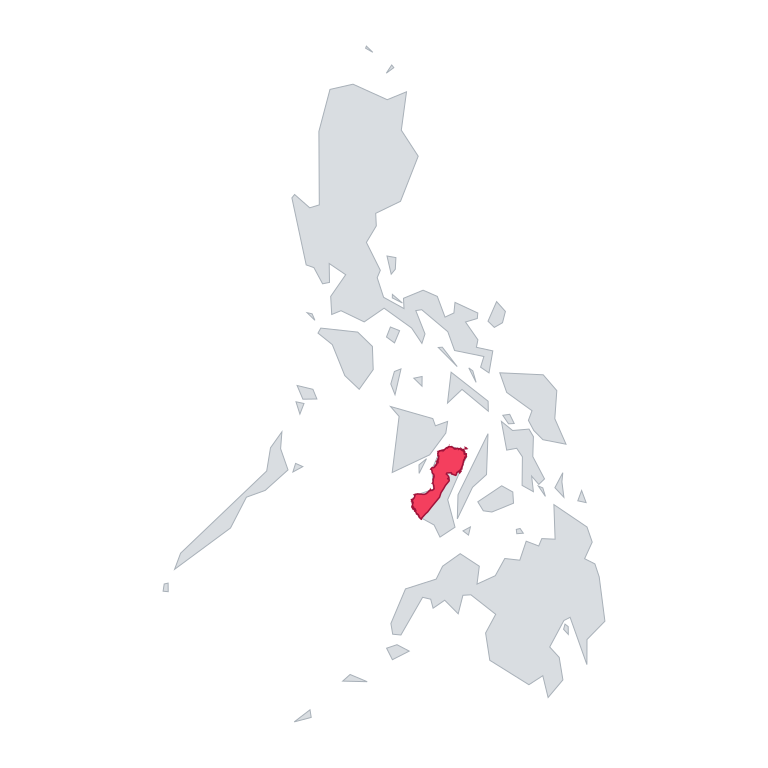 location of Negros Occidental, Negros Occidental, Philippines
{"feature_id": "2640588B49335496833592", "entity_name": "Negros Occidental", "entity_type": "district", "adm_level": 2, "iso_a3": "PHL", "parent_name": "Philippines", "parent_adm1": "Negros Occidental", "projection": "mercator", "projection_center": [123.007, 10.244], "detail": "fine", "context": "in_parent", "style": "filled", "palette": "rose", "viewbox_px": 768, "rotation_deg": 0, "n_neighbors": 0, "source": "geoboundaries", "source_scale": "gbopen_adm2", "svg_char_len": 9430}
<svg xmlns="http://www.w3.org/2000/svg" viewBox="0 0 768 768"><path d="M353.0,84.2L387.2,99.7L406.5,91.8L401.3,130.2L418.2,156.2L400.5,201.3L375.7,213.3L376.3,225.9L366.4,242.4L380.3,270.3L377.2,277.7L383.6,297.3L404.0,308.6L403.5,298.3L423.1,290.2L437.3,296.4L445.0,317.1L453.9,313.0L455.0,302.4L477.8,313.0L477.3,318.5L465.5,322.0L477.9,339.8L476.4,347.3L492.8,350.9L489.0,372.9L480.6,367.2L483.9,356.5L454.6,350.5L447.8,331.7L421.7,309.7L415.8,310.6L425.0,333.9L421.9,343.4L411.6,328.0L384.1,308.2L364.2,321.9L341.0,310.7L331.7,314.5L330.7,296.4L345.7,274.7L329.2,263.5L329.5,282.4L322.6,283.8L313.9,267.6L306.2,264.9L291.9,197.9L294.6,194.5L309.7,207.8L319.3,204.9L318.9,131.4L330.0,89.4L353.0,84.2ZM553.9,504.6L587.0,527.0L592.2,542.1L584.6,558.7L594.9,563.9L599.2,576.9L604.9,621.2L587.0,639.5L586.9,664.6L570.1,617.3L563.9,620.5L549.7,647.0L559.2,657.4L562.9,679.9L548.1,697.5L542.8,675.7L528.9,684.7L489.8,660.3L485.6,633.0L495.7,614.3L470.9,594.8L462.9,595.3L458.2,613.8L444.7,600.2L433.1,608.2L430.7,599.2L422.6,597.3L400.9,635.0L392.7,634.2L390.9,623.5L405.5,588.9L436.2,579.1L442.6,566.2L460.2,553.7L479.3,566.2L477.0,584.1L495.3,575.7L504.8,558.5L519.8,560.2L526.2,541.2L538.7,546.0L541.8,538.6L555.1,539.2L553.9,504.6ZM455.0,527.2L440.0,537.1L434.1,525.0L420.2,517.4L412.7,501.5L416.0,495.1L433.6,489.2L431.9,469.7L439.5,451.8L452.1,446.8L463.7,450.1L466.4,456.8L447.7,499.6L455.0,527.2ZM543.2,374.8L556.8,390.6L554.8,418.7L566.0,444.2L542.9,439.7L533.8,430.5L528.4,420.4L532.0,410.7L506.7,392.4L499.8,372.8L543.2,374.8ZM390.5,406.5L432.8,418.6L435.4,425.8L447.6,421.4L445.8,433.1L429.7,454.8L392.2,472.5L399.1,416.4L390.5,406.5ZM230.5,528.0L174.6,569.3L180.6,553.2L266.7,471.0L270.5,447.8L281.9,431.8L280.6,448.7L288.0,469.9L265.2,490.4L246.4,497.2L230.5,528.0ZM320.8,328.1L357.7,332.1L372.4,346.4L373.2,369.6L359.2,389.3L344.8,375.6L332.3,344.6L318.0,333.1L320.8,328.1ZM512.6,430.5L529.0,429.1L533.4,436.6L532.8,456.6L544.5,478.9L538.8,484.4L531.6,476.1L533.4,491.7L522.1,485.4L522.4,456.8L516.7,448.3L506.7,450.1L501.4,421.4L512.6,430.5ZM457.3,518.9L458.0,494.8L488.0,433.7L486.5,474.6L472.5,487.3L457.3,518.9ZM513.5,503.2L491.9,512.0L483.3,510.8L477.8,501.8L501.7,485.8L512.8,492.0L513.5,503.2ZM451.1,372.2L488.1,401.2L488.3,411.2L462.0,389.4L447.5,403.1L451.1,372.2ZM502.5,322.7L494.3,327.4L488.0,321.2L496.6,301.6L505.4,311.4L502.5,322.7ZM409.2,651.1L392.4,659.7L386.6,648.2L397.0,644.7L409.2,651.1ZM297.1,385.5L312.9,389.3L316.9,399.0L302.9,399.2L297.1,385.5ZM390.4,327.0L399.6,330.7L394.5,342.9L386.5,337.0L390.4,327.0ZM350.1,674.5L367.2,681.7L342.7,681.1L350.1,674.5ZM563.9,497.3L554.9,487.7L562.8,472.7L561.9,481.8L563.9,497.3ZM401.0,368.9L395.0,394.7L390.8,384.0L394.4,371.5L401.0,368.9ZM310.0,709.8L311.2,717.4L294.2,721.9L310.0,709.8ZM395.9,257.6L395.3,269.2L391.2,274.2L387.0,256.0L395.9,257.6ZM426.5,458.7L419.1,473.4L419.0,464.9L426.5,458.7ZM304.0,403.5L299.9,414.1L296.0,401.8L304.0,403.5ZM514.2,423.5L508.5,423.8L502.8,415.3L509.7,414.3L514.2,423.5ZM422.1,376.5L422.0,386.2L413.8,378.2L422.1,376.5ZM586.1,502.6L577.8,500.8L581.6,490.5L586.1,502.6ZM442.3,347.2L457.2,366.6L438.3,347.5L442.3,347.2ZM302.8,466.6L292.9,472.0L295.6,463.4L302.8,466.6ZM470.4,526.9L468.5,535.1L463.0,530.9L470.4,526.9ZM472.8,370.9L476.1,382.4L468.8,367.9L472.8,370.9ZM168.2,591.7L163.1,591.2L164.2,584.0L168.1,583.1L168.2,591.7ZM523.3,533.2L516.8,533.7L516.3,529.4L520.1,528.5L523.3,533.2ZM568.3,634.4L563.6,629.3L565.0,624.1L568.2,626.6L568.3,634.4ZM312.1,313.8L314.9,320.3L307.1,312.7L312.1,313.8ZM542.8,487.9L545.4,496.4L538.3,486.0L542.8,487.9ZM393.8,67.6L386.3,73.2L391.7,65.0L393.8,67.6ZM402.4,303.0L392.3,297.9L392.4,294.4L402.4,303.0ZM366.4,46.1L372.8,52.3L365.6,48.2L366.4,46.1Z" fill="#d9dde1" stroke="#a8b0b8" stroke-width="1"/><path d="M455.7,475.4L455.9,475.3L456.0,474.9L456.2,474.4L456.4,474.3L456.7,472.9L456.8,472.7L457.1,472.6L457.2,472.2L457.6,472.1L458.4,471.6L458.5,471.3L458.8,471.4L459.4,470.9L459.7,471.0L459.7,470.7L460.2,470.2L460.2,469.9L460.4,469.8L460.7,470.0L460.9,469.7L460.9,469.3L461.3,468.9L461.6,468.9L461.5,468.6L461.3,468.6L461.5,468.3L461.3,468.2L461.5,467.8L462.0,467.8L461.8,466.9L462.1,466.7L462.3,465.8L462.5,465.8L462.7,465.4L462.6,465.1L462.9,464.6L462.8,464.3L463.0,464.2L462.9,463.6L463.4,462.2L463.4,461.9L463.4,461.1L463.7,460.7L463.7,460.2L464.4,459.8L464.4,459.6L464.3,459.8L464.0,459.7L464.0,459.4L464.5,459.2L464.7,458.7L464.7,457.8L464.9,458.0L465.0,457.9L465.1,458.2L465.4,458.1L465.5,457.8L465.3,457.5L465.3,457.4L466.0,457.1L466.0,456.4L466.4,456.2L466.0,455.2L465.9,455.3L465.7,455.2L465.5,455.3L465.6,455.2L465.9,455.0L466.0,454.7L466.3,454.6L466.3,453.8L466.1,453.8L465.9,454.1L465.6,454.1L465.3,454.3L464.7,454.2L464.9,453.5L464.5,453.4L464.5,453.0L464.3,453.1L464.4,452.6L464.2,452.3L464.5,452.1L464.2,451.9L464.3,451.8L464.0,451.7L464.2,451.2L463.9,450.8L463.8,451.0L463.3,450.8L463.8,450.7L463.6,450.5L463.7,450.4L463.9,450.6L463.9,450.3L463.6,450.0L463.1,450.1L463.1,449.7L462.8,449.6L462.5,449.8L462.2,450.0L462.1,450.3L462.0,450.2L461.9,450.4L461.6,450.5L461.8,450.3L461.7,450.2L461.8,450.1L461.7,449.9L461.0,449.4L460.6,449.4L459.9,449.1L460.0,448.8L459.8,449.0L459.5,448.9L459.1,448.7L458.5,449.2L458.4,448.6L457.4,448.3L456.7,448.6L456.3,448.9L455.5,448.7L455.2,448.8L455.3,448.4L455.2,448.4L455.0,448.9L454.6,448.7L454.9,448.9L455.0,448.7L454.6,448.5L454.6,448.3L454.6,448.5L454.1,448.3L453.9,448.4L453.8,448.1L452.8,447.5L452.5,447.2L452.3,447.2L452.2,447.1L451.3,447.0L451.7,446.9L451.6,446.6L450.7,446.8L449.7,446.6L449.5,446.4L448.9,446.5L448.8,446.8L448.5,446.8L448.5,447.0L448.3,447.0L447.9,447.6L447.6,447.7L447.5,447.8L447.4,447.5L447.2,447.5L446.8,447.9L446.4,447.8L446.2,447.9L445.8,448.5L445.5,448.6L445.1,449.1L444.4,449.5L444.3,449.8L443.6,450.6L443.3,450.6L443.2,450.4L443.0,450.7L442.9,450.4L442.5,450.3L442.5,450.1L442.0,450.1L441.7,450.2L441.9,450.2L441.5,450.5L441.5,450.4L441.0,450.6L440.1,450.6L439.5,450.9L439.6,451.0L439.4,451.3L438.1,451.5L438.4,451.9L438.3,452.7L437.9,452.9L437.9,453.5L437.7,453.2L438.0,454.7L437.9,455.6L438.6,455.7L438.8,456.2L438.5,457.3L438.6,458.0L438.4,458.5L438.6,459.1L438.3,459.4L437.8,459.3L438.0,460.2L437.9,460.4L437.6,460.4L437.5,460.5L437.9,460.4L438.0,460.6L438.0,461.1L437.8,461.1L438.0,461.2L438.0,461.5L437.8,461.2L437.3,461.0L437.2,461.2L437.7,461.4L437.6,461.7L437.3,461.6L437.6,461.7L437.5,462.0L437.2,462.0L437.3,462.2L436.9,462.6L436.7,463.6L436.9,463.6L436.5,464.7L436.3,464.7L436.3,465.0L436.2,465.1L435.5,465.2L435.7,465.6L434.9,466.1L435.0,466.6L434.8,466.9L434.4,467.0L434.2,467.4L433.6,467.7L433.0,467.7L432.7,467.5L432.2,467.5L430.9,468.9L430.8,469.1L431.2,469.1L431.8,470.1L432.1,471.4L432.2,472.7L433.4,474.2L433.7,474.3L433.9,475.6L434.0,475.7L433.9,476.0L434.1,476.0L434.1,476.8L433.8,476.9L433.7,478.1L433.3,478.5L433.3,479.1L433.0,479.4L433.3,480.3L433.0,480.8L433.2,481.7L433.0,482.3L432.8,482.6L433.1,482.5L432.9,482.7L433.0,483.0L432.9,483.2L433.1,483.3L433.2,483.1L433.0,483.5L433.7,485.4L433.7,485.8L433.8,485.8L434.0,488.0L433.9,488.5L434.2,488.7L434.2,488.8L433.8,488.9L433.3,489.7L432.3,490.2L432.2,490.4L431.2,490.4L431.3,490.2L430.6,490.1L430.4,489.7L430.3,490.1L430.0,490.1L429.9,490.2L429.9,490.6L429.7,490.6L429.4,490.7L429.0,491.2L428.9,491.1L428.7,491.3L428.5,491.6L427.6,492.4L427.6,492.6L427.1,492.8L426.5,493.5L424.7,494.3L422.8,494.4L421.1,494.1L420.3,494.2L417.7,493.9L417.3,493.9L416.9,494.2L416.2,494.1L415.0,494.4L415.0,495.2L414.9,495.3L414.5,495.2L414.9,495.8L414.3,497.8L413.9,498.2L413.5,498.2L413.4,498.7L413.1,498.8L413.2,499.1L412.8,499.6L412.7,500.0L411.8,500.5L411.6,500.9L412.1,501.0L412.0,501.6L412.6,501.7L412.8,501.9L412.6,502.2L412.9,502.4L412.8,502.5L412.6,502.3L412.8,502.7L412.6,502.7L412.2,503.0L412.6,503.7L412.6,504.6L412.9,504.6L412.6,504.7L412.6,505.3L412.4,505.4L412.5,506.0L412.2,505.9L412.2,506.3L411.8,506.7L411.8,507.0L412.6,507.7L413.3,507.0L413.6,507.2L413.6,507.6L413.0,508.2L412.6,508.3L413.1,509.2L413.6,509.0L414.3,508.6L414.5,508.7L414.6,509.2L414.8,508.8L415.3,509.1L415.4,509.9L415.3,510.3L415.0,510.5L414.7,510.5L414.7,511.0L415.7,510.8L415.5,511.5L416.3,512.9L416.4,513.6L416.9,513.7L417.2,514.0L417.5,514.0L418.1,514.5L418.3,514.7L418.1,515.0L418.4,515.3L418.5,515.7L418.8,515.8L419.0,516.0L418.8,516.4L419.0,516.9L419.3,517.1L419.3,517.3L419.7,517.8L420.0,517.9L420.9,519.0L421.4,519.2L421.6,518.6L421.5,518.3L425.7,513.7L427.6,512.0L431.3,507.2L439.5,497.3L441.0,492.7L443.6,488.7L445.4,485.5L449.0,481.1L449.2,480.6L449.1,479.1L448.0,479.0L447.8,478.6L448.2,478.4L448.3,478.5L448.6,478.2L448.5,477.9L448.9,477.7L448.7,477.4L448.7,476.7L447.6,475.2L446.3,474.0L446.9,473.0L449.5,472.8L450.3,472.7L450.9,472.8L451.0,473.0L451.2,472.8L451.5,473.1L451.7,473.6L451.6,473.8L451.5,473.7L451.6,473.9L455.7,475.4ZM460.8,470.8L459.4,472.4L459.7,472.9L460.5,471.7L461.0,471.4L460.9,470.9L460.8,470.8ZM465.3,447.9L465.3,448.3L465.5,448.3L465.5,448.5L465.9,448.6L465.6,448.7L465.7,448.8L466.0,448.6L466.6,448.7L466.5,448.2L466.1,447.9L465.8,448.2L465.9,448.6L465.3,447.9ZM463.8,449.5L463.3,449.5L463.4,449.9L463.9,449.7L463.8,449.5ZM411.7,498.9L411.7,499.1L411.5,499.4L411.7,499.5L411.7,498.9ZM417.0,514.2L417.2,514.3L417.3,514.1L417.1,514.0L417.0,514.2ZM414.5,509.4L414.2,509.7L414.3,509.9L414.4,509.7L414.5,509.4ZM458.7,448.7L458.4,448.7L458.5,448.9L458.7,448.7ZM461.1,448.7L461.1,448.8L461.2,449.0L461.3,448.9L461.1,448.7ZM449.3,444.4L449.5,444.6L449.3,444.4Z" fill="#f43f5e" stroke="#9f1239" stroke-width="1.5"/></svg>